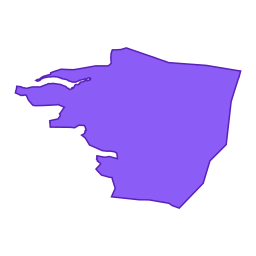 outline of Eidfjord nor, Hordaland, Norway
{"feature_id": "86288312B69924208122443", "entity_name": "Eidfjord nor", "entity_type": "district", "adm_level": 2, "iso_a3": "NOR", "parent_name": "Norway", "parent_adm1": "Hordaland", "projection": "robinson", "projection_center": [7.063, 60.345], "detail": "fine", "context": "isolated", "style": "filled", "palette": "violet", "viewbox_px": 256, "rotation_deg": 0, "n_neighbors": 0, "source": "geoboundaries", "source_scale": "gbopen_adm2", "svg_char_len": 4913}
<svg xmlns="http://www.w3.org/2000/svg" viewBox="0 0 256 256"><path d="M230.6,106.2L231.1,101.7L233.5,93.9L235.8,86.6L237.1,82.6L237.3,82.1L237.9,80.0L238.4,78.7L238.7,78.0L239.2,76.5L240.6,71.0L237.1,70.5L234.0,70.0L206.3,65.4L168.5,62.6L167.0,62.0L158.0,58.9L155.9,58.1L142.5,53.5L126.3,47.9L121.0,49.5L115.6,49.9L112.4,49.8L111.7,51.6L111.3,53.2L111.1,53.3L111.0,55.6L110.8,57.5L111.1,62.1L111.3,63.2L108.3,65.9L95.4,65.9L92.2,66.5L78.6,68.9L73.5,69.7L66.8,69.5L61.1,69.2L57.6,70.4L56.4,70.7L52.6,72.0L52.2,72.3L50.7,72.7L50.6,74.3L45.3,75.8L43.1,76.5L42.6,76.8L41.8,77.3L40.1,78.5L39.9,78.8L39.6,79.3L37.5,79.4L37.2,79.6L36.9,79.8L36.4,80.1L35.9,80.4L36.1,80.5L36.8,80.9L37.1,81.1L37.7,81.1L39.5,80.6L40.3,80.0L40.3,79.9L40.6,79.6L41.5,78.9L43.5,78.0L43.9,77.9L44.0,77.8L44.5,77.6L45.0,77.6L45.5,77.5L46.2,77.4L46.4,77.3L48.0,77.0L50.2,77.0L50.4,76.8L51.3,76.8L51.9,76.8L52.4,76.6L53.5,76.7L54.2,76.6L54.8,76.7L55.0,76.7L55.1,76.8L55.3,76.7L55.6,76.8L57.1,76.8L57.8,77.1L58.2,77.3L58.8,77.5L59.2,77.6L60.0,77.7L60.4,77.8L60.5,78.0L61.1,78.3L61.3,78.4L61.6,78.3L61.7,78.5L61.8,78.6L62.1,78.7L63.4,79.0L64.0,79.0L65.1,79.3L65.4,79.3L65.6,79.4L66.1,79.5L66.9,79.7L66.9,79.8L67.1,79.9L67.5,80.0L67.8,80.3L68.4,80.6L68.5,80.8L69.1,81.0L69.3,81.1L70.1,81.1L71.4,81.8L72.8,82.1L74.0,82.0L74.7,82.2L75.2,82.2L75.6,82.1L76.2,82.0L76.3,81.9L77.3,81.3L78.2,81.1L78.4,80.9L78.9,80.6L79.0,80.4L79.4,80.3L80.6,80.1L80.8,80.0L81.2,80.0L82.1,79.6L82.4,79.6L83.0,79.7L83.4,79.5L83.6,79.4L84.3,79.1L85.3,78.8L85.9,79.0L86.1,79.1L86.6,79.2L87.0,78.8L87.3,78.5L87.5,78.5L87.5,78.3L87.9,78.0L88.7,77.8L89.7,77.8L90.1,78.0L90.0,78.5L89.9,78.7L90.2,78.8L89.8,79.0L89.7,79.1L89.8,79.4L89.8,79.6L89.7,79.7L89.7,79.8L89.9,79.8L90.0,79.7L90.6,79.7L91.0,79.6L90.2,79.8L89.7,79.9L89.5,80.0L88.9,80.2L88.6,80.4L87.9,80.5L87.1,80.7L86.6,80.7L86.0,80.6L85.8,80.5L85.3,80.4L85.1,80.5L84.9,80.7L84.7,80.8L84.3,81.1L84.2,81.2L84.1,81.3L83.9,81.5L82.5,81.9L80.7,82.1L80.3,82.1L80.1,82.5L79.9,83.1L79.6,83.3L79.8,83.5L79.6,83.9L79.4,84.0L79.1,84.0L78.6,84.2L78.5,84.3L78.3,84.5L78.2,84.6L77.9,84.6L77.6,84.6L76.3,84.5L75.8,84.6L75.6,84.7L75.5,84.8L74.7,85.3L74.7,85.8L74.2,86.4L74.2,86.6L74.0,87.3L73.9,87.5L73.4,87.6L73.1,87.6L72.8,87.7L72.8,87.8L73.0,88.2L73.0,88.3L72.8,88.4L72.4,87.7L72.2,87.9L72.1,88.0L71.9,87.9L71.7,88.2L71.8,88.2L71.7,88.4L71.8,88.6L71.7,88.7L71.8,88.7L70.8,89.2L70.2,89.5L69.8,89.6L69.3,89.2L69.6,89.2L69.1,89.1L68.9,89.0L68.9,88.9L68.7,88.7L68.6,88.4L68.2,88.4L67.3,88.1L67.1,87.8L66.6,87.4L66.1,86.7L65.8,86.5L64.1,85.9L62.9,85.5L61.8,84.9L60.2,84.4L59.3,84.3L56.5,83.9L56.2,83.8L55.5,83.7L54.2,83.6L53.9,83.5L52.9,83.4L51.7,83.5L51.4,83.7L51.2,83.8L50.5,83.8L50.2,83.7L49.6,83.6L48.3,83.7L47.8,83.9L47.5,84.0L47.4,84.2L46.0,84.8L45.3,84.9L44.3,85.4L42.1,86.1L41.8,86.4L41.5,86.5L41.1,86.7L40.9,86.8L40.6,86.8L40.2,86.9L39.2,87.0L37.5,86.9L36.8,86.9L35.8,87.0L34.9,86.9L33.4,87.0L32.6,86.9L31.5,87.1L31.3,87.1L30.9,87.4L29.8,87.5L28.6,87.7L28.1,88.1L27.3,88.2L26.7,88.2L26.2,88.2L25.4,88.1L24.6,87.9L24.4,87.8L23.6,87.8L23.1,87.7L22.7,87.7L22.1,87.2L21.7,87.1L21.4,86.9L20.9,86.9L20.6,86.7L16.8,86.2L16.6,86.7L16.6,86.9L16.7,87.5L16.4,88.4L16.5,89.1L15.9,90.5L15.5,92.6L15.4,92.9L17.6,93.8L21.1,95.5L21.9,95.2L22.0,95.2L22.5,95.4L23.0,95.2L23.7,95.4L23.9,95.3L24.1,95.1L24.4,95.1L24.9,94.9L25.3,95.1L25.6,95.1L26.2,95.2L28.4,100.0L29.1,100.9L29.8,101.7L31.6,103.9L33.1,105.4L36.1,105.7L43.7,105.5L57.2,104.8L58.1,104.7L58.4,104.5L59.0,105.0L63.8,107.0L64.3,107.2L62.5,109.7L62.2,110.3L59.5,114.0L59.8,114.5L60.3,115.2L60.3,115.3L60.2,115.6L60.3,115.7L60.3,115.9L60.2,116.1L59.8,116.5L59.4,117.0L59.2,117.3L58.8,117.6L58.1,118.9L49.8,120.7L50.1,121.5L49.8,121.8L49.7,122.3L49.9,122.9L49.9,123.2L50.1,123.4L50.0,123.9L50.3,124.8L50.2,125.4L50.1,125.7L50.1,126.1L50.3,126.7L50.3,127.1L69.3,127.3L70.3,127.3L73.9,127.7L74.8,127.7L78.9,125.2L84.3,125.5L85.1,126.9L85.3,127.4L85.5,128.2L86.3,130.1L85.3,130.3L85.2,130.6L85.4,131.0L85.0,131.5L84.9,131.8L84.8,132.1L84.9,132.3L85.1,132.5L84.9,132.7L84.8,133.1L84.6,133.2L84.6,133.4L84.4,133.5L84.1,133.8L81.6,135.1L85.3,138.0L88.0,142.5L89.5,145.0L100.7,149.9L101.5,150.2L102.0,150.6L107.5,151.2L110.1,151.1L114.5,151.8L116.6,153.0L116.8,153.1L117.3,157.2L117.4,158.7L109.7,156.6L108.8,156.5L107.4,156.9L105.9,157.1L104.4,157.1L103.3,157.0L96.9,155.8L96.8,156.0L96.8,156.5L97.0,157.0L97.0,157.3L96.9,157.4L96.9,157.7L97.0,157.9L96.8,158.1L96.8,158.6L96.5,159.0L97.1,159.8L97.4,160.3L97.6,160.5L97.3,160.8L97.3,161.0L98.1,161.5L98.9,162.3L99.6,162.7L99.9,162.8L100.4,163.3L100.6,164.0L96.3,168.7L96.0,169.1L96.7,169.9L97.5,170.9L101.5,175.1L110.0,177.4L112.0,177.4L112.1,177.5L112.3,179.1L112.5,179.8L115.0,187.6L115.2,188.4L114.6,189.8L113.0,193.3L111.5,196.8L138.6,199.7L141.0,199.8L145.3,199.8L149.2,199.9L167.2,203.0L168.9,203.3L169.7,203.8L172.3,205.6L179.2,208.1L203.2,183.2L209.9,160.9L226.2,144.6L230.6,106.2Z" fill="#8b5cf6" stroke="#5b21b6" stroke-width="1.5"/></svg>